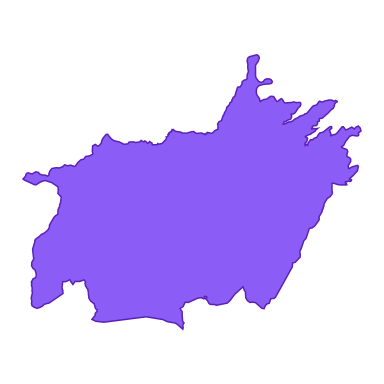 outline of Kwahu East, Eastern, Ghana
{"feature_id": "2480657B54162505201867", "entity_name": "Kwahu East", "entity_type": "district", "adm_level": 2, "iso_a3": "GHA", "parent_name": "Ghana", "parent_adm1": "Eastern", "projection": "mercator", "projection_center": [-0.802, 6.73], "detail": "fine", "context": "isolated", "style": "filled", "palette": "violet", "viewbox_px": 384, "rotation_deg": 0, "n_neighbors": 0, "source": "geoboundaries", "source_scale": "gbopen_adm2", "svg_char_len": 5955}
<svg xmlns="http://www.w3.org/2000/svg" viewBox="0 0 384 384"><path d="M96.0,321.3L103.9,322.2L146.1,316.8L162.7,319.5L167.5,321.7L174.9,323.0L176.9,324.0L182.8,329.2L183.2,327.6L182.7,325.3L184.0,322.9L182.9,321.7L182.6,320.6L182.1,314.6L182.2,311.8L180.5,309.4L180.2,308.4L183.1,306.6L185.1,302.3L188.4,302.4L197.4,298.3L201.0,297.6L203.9,298.9L204.2,298.6L204.2,297.0L204.9,296.2L206.9,297.0L206.5,298.0L205.5,298.2L205.6,298.7L207.3,300.4L209.0,303.5L210.3,304.4L215.2,304.6L216.3,305.3L227.3,303.1L230.1,300.5L234.6,294.4L243.0,286.8L244.5,290.7L245.4,291.7L245.8,298.0L247.6,300.8L249.9,302.4L252.9,302.2L255.6,302.7L261.9,308.3L264.0,308.7L265.5,305.5L267.0,303.9L269.2,303.3L270.8,298.7L274.0,298.4L275.5,297.2L292.3,266.9L292.6,263.0L295.2,262.3L300.1,257.2L300.2,254.4L299.8,251.3L301.0,249.1L303.9,240.6L306.0,238.5L309.2,228.8L310.1,228.2L312.1,227.9L314.8,225.9L318.8,220.4L319.2,219.5L319.1,216.7L322.2,211.4L322.0,210.0L323.1,208.9L323.2,207.3L323.9,206.4L323.9,204.6L325.2,201.8L327.3,198.5L330.2,196.5L331.9,194.3L332.4,192.6L332.0,190.3L332.0,183.4L332.9,183.0L337.8,184.6L340.3,184.9L342.9,185.0L344.1,184.6L345.2,185.1L346.8,184.7L346.5,183.7L345.3,182.8L345.5,181.7L347.1,181.7L348.3,181.1L349.6,181.5L350.9,181.2L351.2,180.7L350.4,180.8L351.1,179.5L349.8,179.2L349.5,178.6L353.1,175.6L357.4,170.8L358.4,166.2L357.5,165.4L352.2,166.8L349.2,168.5L348.6,168.3L348.1,166.0L350.7,161.5L350.7,159.1L349.7,157.8L347.0,156.4L346.9,154.9L347.7,151.5L347.2,149.9L346.4,149.3L342.5,147.9L341.4,146.9L343.7,145.4L345.6,141.5L349.6,136.4L352.2,135.3L356.2,135.9L357.8,135.9L358.5,135.4L358.8,134.7L358.3,133.0L361.0,131.0L360.2,128.0L358.3,126.0L355.9,127.2L354.4,128.9L351.8,127.1L346.9,129.6L345.6,129.8L343.4,126.8L342.2,126.7L336.8,133.3L335.3,134.3L332.3,135.1L331.1,135.9L330.7,135.4L331.0,134.2L329.5,130.3L331.7,128.3L331.6,126.7L330.7,126.5L328.9,127.4L323.2,132.1L319.7,133.0L318.0,135.1L317.0,137.1L313.8,138.5L312.3,139.9L310.7,139.6L308.1,142.9L307.6,145.2L306.4,144.4L305.1,145.4L305.0,143.2L305.8,142.7L307.1,140.6L307.6,138.4L306.9,137.5L305.6,137.2L305.4,136.4L308.8,134.7L310.4,134.4L312.2,132.9L315.1,131.2L315.6,130.2L317.7,128.4L315.6,128.8L313.5,128.4L311.9,129.1L311.6,128.5L312.2,127.7L312.4,126.5L313.7,125.6L315.8,125.8L317.0,124.9L317.6,123.5L317.4,121.9L319.3,121.1L319.4,118.6L322.2,118.2L328.1,113.1L330.9,110.0L333.1,108.5L334.3,106.2L334.7,103.8L335.7,102.7L337.2,101.8L337.2,101.3L335.5,100.4L334.2,101.3L331.8,100.1L329.2,100.0L324.3,101.1L322.4,102.2L319.6,101.2L318.7,101.9L316.6,105.0L313.9,105.6L312.5,106.5L306.8,113.4L305.1,113.7L303.9,114.9L299.9,116.1L297.1,118.1L294.7,119.1L292.4,121.2L291.2,121.4L290.6,122.1L289.0,121.8L285.1,123.8L283.2,124.1L284.2,121.6L285.7,121.6L288.3,119.8L289.6,119.7L290.6,119.1L291.5,117.6L291.7,115.7L291.0,114.5L291.1,114.0L293.3,114.0L295.3,112.6L298.3,107.9L300.1,106.3L300.8,104.4L300.7,103.0L299.9,102.4L296.1,102.6L293.8,101.9L292.0,102.4L285.1,103.0L284.1,102.4L282.4,99.4L281.4,98.6L279.1,100.1L278.3,101.1L276.8,101.5L273.9,96.9L273.5,96.5L271.0,96.3L270.5,96.3L266.6,99.1L263.9,99.5L261.1,100.8L260.7,101.5L259.9,101.4L259.6,98.8L257.0,95.2L256.3,92.8L256.5,88.7L257.3,87.4L258.5,85.9L261.4,84.9L264.4,84.2L269.6,83.9L271.6,83.3L272.4,81.6L271.2,79.8L269.7,79.0L266.7,78.8L264.7,79.7L263.1,81.7L261.4,82.3L260.3,82.2L258.6,81.3L256.3,78.3L255.6,76.4L255.5,66.0L255.8,64.7L258.3,61.1L259.3,57.9L258.8,56.2L257.1,54.8L256.6,54.8L249.4,56.7L247.7,58.2L247.1,61.0L247.9,64.5L247.7,67.2L248.4,71.6L247.2,74.7L247.0,78.8L246.0,79.7L244.2,80.1L242.2,81.6L241.8,84.5L239.9,87.1L238.2,86.9L237.4,87.7L234.7,96.4L233.0,97.5L232.9,98.8L231.9,99.8L231.7,101.7L230.0,102.6L229.3,104.8L226.8,107.2L226.3,109.6L224.2,113.3L224.1,114.4L223.1,115.5L221.4,120.7L219.0,121.7L217.5,124.1L218.0,125.3L217.9,129.1L214.5,130.8L213.7,132.0L212.1,133.1L211.2,133.3L207.4,132.4L206.7,133.0L206.7,133.7L206.1,133.6L205.2,134.4L205.2,134.0L203.3,133.9L201.7,133.0L196.0,133.4L193.9,131.6L192.0,131.6L186.6,133.2L182.2,133.0L180.9,132.1L175.3,131.3L173.3,129.5L172.8,129.8L172.1,129.5L171.4,130.9L171.8,131.1L171.5,131.8L170.1,132.0L168.6,133.2L169.2,134.1L167.9,134.6L168.2,135.7L167.0,136.8L166.3,136.9L166.6,137.5L165.9,139.4L162.5,143.0L161.6,143.6L158.9,144.1L157.7,143.6L157.4,144.6L153.4,144.8L152.4,144.8L151.9,143.0L149.5,141.5L148.8,142.7L147.6,143.3L145.6,141.2L144.6,141.0L144.3,141.7L143.2,141.8L141.1,140.4L140.0,141.7L139.0,142.1L135.5,142.5L133.6,141.9L129.2,142.0L127.9,143.8L124.1,144.3L119.1,141.9L113.7,140.6L111.1,138.6L107.5,134.2L106.0,134.5L103.0,138.2L101.7,140.8L101.3,143.1L99.1,145.6L97.7,146.1L95.3,144.4L92.6,145.9L92.3,150.9L92.8,153.8L92.3,154.5L89.4,155.9L85.7,156.5L83.7,159.2L81.0,159.7L78.0,162.3L75.4,166.2L74.1,166.4L70.6,165.1L67.8,165.8L64.6,164.8L62.7,166.7L59.3,168.0L56.2,167.7L51.9,168.5L49.9,171.0L48.9,173.7L49.1,174.6L48.4,175.6L47.5,176.1L45.5,175.2L42.2,175.0L39.3,173.8L38.6,172.5L35.8,171.8L32.0,174.0L28.1,172.8L26.8,173.3L26.1,174.1L25.5,176.2L23.0,179.0L24.5,180.1L34.5,184.7L36.3,184.7L40.1,182.2L43.9,180.7L45.8,180.7L51.8,182.6L58.0,186.9L58.3,190.0L57.9,193.4L61.3,197.1L60.4,203.1L59.6,204.8L59.6,206.2L58.1,209.6L57.8,214.3L55.6,215.7L54.0,217.3L49.5,225.0L49.3,227.6L47.8,230.1L44.5,232.9L41.3,234.5L38.8,236.9L36.2,238.6L34.8,240.3L35.0,241.2L32.6,249.3L33.7,259.0L31.8,262.4L31.6,265.9L33.1,268.5L35.1,270.0L36.2,273.9L36.2,276.3L35.2,277.9L33.1,278.8L31.3,282.2L31.9,283.0L31.4,284.7L32.2,288.0L32.0,291.2L32.5,292.5L31.2,297.9L31.8,301.0L31.5,303.4L32.0,305.7L33.9,307.1L36.9,308.3L38.9,307.8L42.1,306.4L44.3,304.2L49.1,303.0L63.0,293.5L62.8,290.4L62.0,287.9L62.7,281.7L65.9,281.6L69.9,279.7L70.6,281.4L72.9,284.5L75.1,281.4L79.5,281.5L84.1,279.9L85.6,282.1L85.0,283.4L85.5,285.8L88.0,289.9L88.9,298.2L90.6,301.0L93.6,303.4L94.1,303.4L95.1,307.4L96.2,309.4L97.3,310.0L96.8,311.7L95.9,312.4L95.2,313.7L95.1,315.5L93.1,317.8L92.7,319.1L92.1,319.0L91.9,319.4L96.0,321.3Z" fill="#8b5cf6" stroke="#5b21b6" stroke-width="1.5"/></svg>